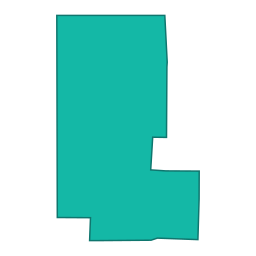 outline of Teller, Colorado, United States of America
{"feature_id": "52423323B64605598139542", "entity_name": "Teller", "entity_type": "district", "adm_level": 2, "iso_a3": "USA", "parent_name": "United States of America", "parent_adm1": "Colorado", "projection": "mercator", "projection_center": [-105.118, 38.889], "detail": "fine", "context": "isolated", "style": "filled", "palette": "teal", "viewbox_px": 256, "rotation_deg": 0, "n_neighbors": 0, "source": "geoboundaries", "source_scale": "gbopen_adm2", "svg_char_len": 347}
<svg xmlns="http://www.w3.org/2000/svg" viewBox="0 0 256 256"><path d="M57.3,15.4L56.8,15.4L57.3,217.5L90.5,217.7L89.6,240.6L97.0,240.6L151.0,240.2L157.4,238.1L197.9,239.6L199.1,199.0L199.2,171.1L165.9,170.9L150.7,169.9L152.7,137.2L166.5,137.4L166.9,67.0L167.2,62.2L164.8,15.4L57.3,15.4Z" fill="#14b8a6" stroke="#0f766e" stroke-width="1.5"/></svg>